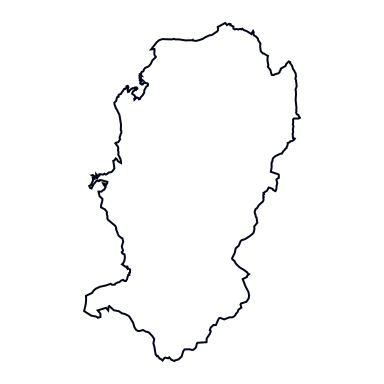 outline of Simisna, Salaj, Romania
{"feature_id": "2599482B9011696983291", "entity_name": "Simisna", "entity_type": "district", "adm_level": 2, "iso_a3": "ROU", "parent_name": "Romania", "parent_adm1": "Salaj", "projection": "albers", "projection_center": [23.609, 47.214], "detail": "fine", "context": "isolated", "style": "outline", "palette": "ink", "viewbox_px": 384, "rotation_deg": 0, "n_neighbors": 0, "source": "geoboundaries", "source_scale": "gbopen_adm2", "svg_char_len": 5902}
<svg xmlns="http://www.w3.org/2000/svg" viewBox="0 0 384 384"><path d="M210.8,331.2L209.8,330.3L210.7,327.6L213.5,325.0L215.9,325.1L218.2,319.7L219.3,318.1L220.3,317.9L224.2,319.4L229.5,317.3L232.1,317.4L233.8,316.6L235.4,315.1L236.0,313.6L237.4,312.4L238.5,309.6L241.4,307.6L240.5,304.7L241.0,303.5L246.4,301.8L248.7,298.3L249.1,295.7L248.5,292.1L245.4,286.2L242.7,279.1L246.9,277.0L247.3,275.6L249.0,274.2L248.0,273.7L246.9,272.1L243.9,269.9L239.5,267.3L235.9,263.7L234.4,260.9L232.7,259.6L232.0,258.5L234.8,252.7L235.7,248.3L238.7,245.8L240.6,241.1L241.5,240.3L245.1,239.1L249.4,236.4L252.6,233.8L253.6,232.6L254.5,229.0L254.2,226.5L257.3,222.7L256.5,217.4L255.8,216.7L255.5,214.8L254.7,212.8L254.9,210.9L255.7,208.9L256.9,208.3L259.1,204.9L263.0,201.4L263.6,199.5L263.2,197.8L263.8,197.1L263.2,195.7L263.4,194.8L264.1,194.3L263.4,193.0L267.0,190.7L268.7,187.5L272.6,188.8L272.9,189.7L275.3,191.2L275.6,191.0L276.4,188.8L276.6,185.7L277.3,183.4L276.4,179.7L277.1,178.8L278.8,177.9L278.8,175.2L278.7,174.5L277.5,174.0L270.8,171.8L271.6,167.8L271.6,162.8L272.2,161.8L272.8,158.8L273.5,157.7L275.6,156.0L280.2,153.8L281.8,153.6L283.4,151.1L284.7,149.9L285.1,149.0L286.6,148.0L286.6,147.1L287.6,145.1L287.7,143.0L289.8,142.2L290.4,141.3L292.5,140.8L294.2,139.7L294.8,138.6L293.1,138.2L292.6,134.0L293.2,131.9L292.8,129.4L293.5,126.2L292.8,124.4L293.2,122.5L293.1,119.4L294.0,118.5L298.5,118.5L299.9,117.8L298.6,115.8L298.4,115.0L296.7,114.2L296.1,112.4L296.5,111.2L296.2,109.9L296.5,108.1L295.6,99.6L296.0,94.9L295.9,91.3L295.5,89.6L296.7,86.3L296.0,80.4L295.4,78.7L296.0,76.1L295.6,73.4L293.8,70.0L293.1,69.3L292.0,65.6L290.0,63.1L290.2,62.2L288.8,61.4L286.2,64.0L285.5,66.0L280.8,68.6L280.7,69.9L279.7,71.1L279.6,72.2L278.5,73.3L275.3,74.1L273.9,75.0L271.8,74.9L270.9,72.4L270.5,70.1L267.9,66.8L268.3,65.1L267.5,60.8L267.6,57.1L268.0,56.0L263.7,53.5L262.8,53.4L260.7,51.1L260.1,45.9L260.5,43.7L258.3,40.4L257.8,38.6L256.1,36.6L254.1,35.5L253.4,33.8L253.7,32.2L253.1,31.0L251.8,32.9L251.5,34.1L246.7,31.1L244.1,30.2L242.2,28.7L241.4,29.4L240.1,28.9L238.2,29.5L236.9,29.0L234.6,29.4L233.4,28.6L233.4,26.5L230.4,25.2L230.7,24.3L230.3,24.1L228.9,23.8L227.0,25.1L225.2,23.0L217.7,27.0L218.1,28.7L218.0,30.1L217.2,31.4L211.9,35.0L209.4,35.4L205.5,37.1L202.6,39.0L198.4,40.3L196.0,40.9L193.1,40.5L192.8,39.8L192.2,40.2L185.5,40.4L179.2,39.4L175.2,39.4L174.1,38.9L171.7,39.4L162.3,39.1L159.1,40.2L156.6,42.4L151.1,49.4L154.4,49.0L154.6,50.7L154.4,51.3L154.3,54.3L154.9,55.8L155.8,56.6L155.7,57.3L152.5,60.2L150.5,64.3L148.6,66.4L145.3,67.8L144.0,69.4L143.3,71.3L141.8,71.9L141.2,72.6L141.3,73.6L140.1,74.0L141.3,75.5L139.8,75.0L139.4,75.5L139.6,76.7L139.5,77.6L140.9,77.6L140.7,78.5L139.7,79.9L139.7,80.4L139.9,80.6L141.0,79.4L141.7,79.4L143.0,80.6L141.0,81.2L141.1,81.8L140.5,81.9L140.2,83.2L140.8,83.9L142.0,84.6L142.6,84.4L142.4,83.8L143.6,83.3L144.5,82.2L145.6,83.1L147.6,83.4L148.0,83.9L147.8,85.8L146.3,86.5L144.3,90.3L144.1,93.2L143.2,94.1L143.0,94.8L140.4,97.7L139.9,99.1L138.9,99.3L138.3,98.0L136.8,97.4L134.4,99.8L134.2,98.7L135.5,97.7L134.6,95.4L132.2,93.9L132.3,92.9L133.3,91.1L133.8,91.1L134.7,90.1L136.1,89.9L136.1,89.5L137.3,88.9L137.4,88.3L136.6,87.4L135.5,87.4L134.9,88.2L134.5,87.8L134.0,88.3L132.9,88.1L132.3,88.7L131.7,88.6L129.8,90.2L129.0,91.6L128.1,92.0L127.7,90.7L127.9,88.3L128.4,87.5L128.1,86.2L127.3,85.8L126.4,86.4L126.3,87.2L126.5,88.0L125.3,89.0L124.7,88.7L123.9,89.1L123.0,91.0L121.6,92.5L121.0,93.9L119.0,94.6L118.4,95.4L118.6,96.7L117.1,97.2L116.2,100.8L114.4,102.7L114.5,104.3L115.8,108.0L116.9,109.6L119.5,115.1L121.0,124.6L120.8,130.1L121.2,130.5L121.4,132.7L120.5,134.5L120.4,135.4L119.8,136.8L119.6,137.9L120.1,139.2L118.3,142.2L115.7,142.8L115.3,143.3L118.0,146.7L118.3,148.9L117.9,149.9L118.5,151.8L118.3,154.8L119.5,156.8L119.6,157.7L120.2,158.3L120.9,160.9L121.0,163.0L118.1,161.3L116.8,159.2L115.7,158.4L114.6,160.3L113.3,160.8L114.4,168.4L112.3,171.4L111.2,172.1L108.6,172.6L106.6,174.3L105.6,174.5L104.4,173.7L103.1,174.6L99.4,174.1L99.2,174.5L99.5,175.2L99.3,175.7L98.4,175.7L97.4,177.9L96.9,178.3L96.5,178.1L97.6,175.7L96.2,174.2L96.4,176.6L96.0,177.3L92.9,175.1L92.0,175.3L93.7,176.4L94.3,178.7L92.8,178.1L93.1,180.2L90.9,185.1L89.2,185.9L90.0,187.8L91.5,188.5L93.4,184.6L95.5,182.0L97.3,180.4L98.8,181.2L99.3,181.0L99.2,180.5L99.5,180.2L100.4,180.0L107.4,181.8L107.3,183.0L105.8,185.6L104.7,183.6L103.0,183.3L103.9,185.1L105.6,187.1L104.3,189.6L103.8,189.6L101.3,191.7L98.5,191.6L99.6,196.3L102.4,198.8L102.3,201.0L101.1,205.1L101.0,207.3L104.9,209.4L106.7,211.7L107.0,212.6L106.7,214.0L107.5,216.3L107.3,218.2L107.8,219.6L115.3,225.9L115.9,227.0L116.2,228.6L116.0,229.0L118.5,235.5L120.5,237.3L122.4,238.4L123.2,241.5L121.8,246.6L123.0,250.5L122.5,251.6L121.8,252.0L121.8,252.6L122.9,253.8L124.5,254.4L124.9,257.7L124.3,260.9L123.3,263.1L122.0,264.3L125.4,266.7L127.1,266.5L127.5,267.0L126.8,267.8L127.6,268.9L128.2,268.5L130.1,269.5L130.0,272.6L129.2,273.0L129.3,274.9L128.2,275.0L127.0,279.1L125.9,281.0L124.5,281.0L123.1,279.8L121.3,280.5L119.2,282.2L117.5,282.5L115.4,283.6L114.9,284.6L112.1,284.8L110.7,283.8L105.8,285.5L99.8,286.8L95.8,288.7L93.7,290.5L92.1,292.9L86.0,295.8L86.1,299.9L85.7,304.3L84.1,311.1L91.2,315.6L96.6,316.7L97.6,317.7L99.6,317.3L100.5,317.0L100.4,314.0L99.9,313.0L97.7,310.4L106.0,307.8L108.2,310.4L108.6,306.5L109.3,306.0L113.8,310.2L118.8,311.2L121.9,313.3L124.6,313.9L128.5,315.8L129.8,317.3L133.1,322.7L134.4,327.1L136.1,329.9L137.4,330.7L139.1,331.1L143.0,330.0L145.8,331.6L148.7,332.3L152.6,336.4L154.2,339.0L153.4,343.5L154.4,346.9L155.6,354.3L156.8,356.1L157.6,355.8L159.6,358.6L160.4,358.7L162.6,360.5L164.3,358.1L165.1,357.6L168.1,358.3L169.2,357.4L171.4,359.8L174.4,361.0L174.9,360.5L178.6,359.3L181.7,356.5L183.1,351.5L184.6,349.4L189.6,349.3L191.8,349.9L193.3,349.8L195.0,348.5L196.1,347.1L196.8,343.8L197.4,342.8L206.5,342.2L206.7,338.4L209.8,333.9L210.8,331.2Z" fill="none" stroke="#020617" stroke-width="2"/></svg>